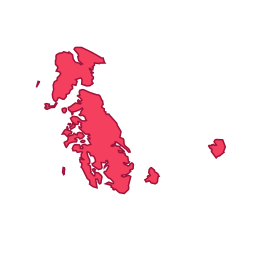 Prince of Wales-Hyder, United States of America, rotated 15°
{"feature_id": "52423323B55198873775030", "entity_name": "Prince of Wales-Hyder", "entity_type": "district", "adm_level": 2, "iso_a3": "USA", "parent_name": "United States of America", "parent_adm1": "", "projection": "robinson", "projection_center": [-133.066, 55.883], "detail": "fine", "context": "isolated", "style": "filled", "palette": "rose", "viewbox_px": 256, "rotation_deg": 15, "n_neighbors": 0, "source": "geoboundaries", "source_scale": "gbopen_adm2", "svg_char_len": 5806}
<svg xmlns="http://www.w3.org/2000/svg" viewBox="0 0 256 256"><g transform="rotate(15 128 128)"><path d="M65.0,123.5L65.7,125.6L69.1,127.3L70.6,129.6L71.1,128.9L71.1,128.0L69.9,127.0L72.6,125.8L76.7,122.8L78.6,120.6L79.4,121.3L78.3,124.3L78.6,126.2L77.4,127.6L77.5,128.1L78.8,128.4L80.7,127.5L83.3,128.2L84.7,130.3L85.9,131.4L84.9,132.2L81.7,133.0L76.0,130.5L73.2,130.7L71.8,131.1L69.9,133.5L72.3,136.2L76.1,137.9L77.2,138.0L78.7,137.4L78.8,136.3L77.9,134.7L78.8,134.3L81.9,135.6L81.5,137.2L82.5,138.1L82.9,139.6L80.4,139.5L81.0,140.8L88.5,144.9L92.1,143.9L93.0,145.1L91.6,145.4L91.5,146.9L94.0,147.8L94.0,148.4L91.9,149.0L96.4,153.4L92.9,155.5L90.8,154.8L88.2,156.2L87.8,157.6L89.7,158.9L89.2,159.8L87.2,159.9L86.3,157.7L85.5,156.9L81.0,157.8L80.0,159.0L79.5,162.2L80.8,164.2L83.6,163.3L85.1,164.5L85.9,164.4L88.8,163.1L90.1,163.2L89.6,165.7L90.5,168.2L89.8,168.7L94.2,170.1L90.4,170.1L89.4,170.6L90.7,173.4L92.5,173.9L93.0,175.6L92.8,177.9L94.4,178.9L101.8,187.4L104.3,188.5L105.5,190.7L105.3,192.1L109.3,193.7L113.6,193.8L110.0,185.8L111.6,185.3L112.5,186.1L113.4,188.2L115.2,189.3L116.2,188.0L115.8,186.3L115.6,182.1L114.7,180.9L111.2,179.0L108.2,179.3L107.5,179.8L108.1,181.3L108.1,182.8L107.1,182.9L103.4,180.4L103.6,179.8L101.4,174.5L99.1,173.7L98.8,173.0L100.1,172.0L100.1,171.3L99.2,168.7L96.5,165.6L94.6,162.0L95.2,161.3L97.8,162.2L97.9,163.0L99.3,164.5L100.4,163.9L102.4,164.3L104.2,166.4L105.3,168.9L103.6,171.2L102.6,171.6L103.3,173.2L110.4,175.8L112.8,174.2L113.2,173.1L111.0,168.3L115.3,167.4L115.5,166.2L115.2,165.5L115.9,164.8L116.6,165.1L117.6,166.6L115.8,169.4L115.2,171.6L115.4,172.6L117.0,169.9L118.9,169.4L119.3,170.3L117.9,175.7L116.4,176.1L116.4,177.5L121.8,181.2L124.7,181.8L127.8,183.8L128.3,185.2L127.5,185.7L123.4,185.2L120.7,187.7L126.7,187.7L126.9,189.4L128.8,189.8L129.4,191.2L130.5,191.4L130.6,190.7L131.6,190.3L136.5,192.7L141.4,192.2L144.4,187.2L144.0,184.7L143.3,183.8L143.2,174.1L140.8,173.6L136.4,176.5L134.3,176.2L134.1,175.3L138.5,173.5L140.8,170.9L141.8,169.1L140.8,168.8L140.8,167.8L142.9,166.7L143.4,165.8L142.6,161.6L140.8,160.7L139.2,162.3L139.2,163.6L138.0,164.7L133.6,163.8L132.6,162.7L133.2,162.3L136.3,162.7L137.7,161.5L138.2,160.4L137.0,160.0L135.3,156.0L132.7,155.3L131.3,153.1L125.7,153.9L124.5,152.2L129.4,151.9L130.3,151.6L130.0,151.2L126.8,149.5L125.8,149.6L124.9,147.9L121.4,148.4L120.2,147.5L118.1,149.7L116.6,149.8L116.4,149.3L119.9,145.9L119.1,145.0L120.4,144.4L131.8,149.0L134.7,151.1L136.2,150.8L136.1,150.2L134.3,148.1L129.5,145.8L128.3,144.3L127.0,140.5L126.0,139.6L122.6,139.2L122.2,133.3L117.0,128.2L115.9,126.3L106.6,120.2L106.2,119.6L104.6,119.8L104.0,120.5L102.7,119.7L102.5,118.3L101.3,118.2L100.6,117.6L100.1,115.6L97.3,114.8L97.1,113.4L97.9,111.6L96.3,108.2L95.6,108.0L92.7,104.4L91.3,103.6L89.7,104.0L81.9,103.6L75.0,102.5L73.2,103.0L72.4,104.0L71.9,103.9L71.5,104.8L71.8,106.4L73.0,108.8L71.2,109.5L70.9,110.1L73.9,111.2L76.3,113.0L75.0,114.6L72.7,113.6L72.4,114.7L72.8,115.7L76.2,116.3L75.9,117.0L70.6,117.5L66.6,122.5L65.0,123.5ZM85.9,66.9L85.2,67.4L73.8,64.4L62.3,62.2L57.2,63.5L56.1,64.1L55.5,65.9L60.8,69.6L61.6,71.4L61.0,72.1L63.0,75.8L67.4,77.9L65.9,79.1L64.5,78.1L59.9,78.0L57.2,75.5L55.5,71.7L51.3,69.8L51.1,71.0L46.1,71.0L45.0,72.5L42.6,73.3L40.0,75.7L39.8,77.1L40.7,80.0L40.5,81.9L41.6,85.4L43.8,86.7L44.7,88.0L43.9,91.6L47.2,91.5L49.0,92.9L47.9,95.9L46.7,97.5L47.1,100.2L44.9,102.4L44.6,105.9L46.2,109.9L46.2,115.0L47.3,117.9L49.2,120.3L51.4,121.2L52.5,119.1L52.7,117.2L53.5,116.4L57.4,117.1L58.9,116.6L60.3,113.7L59.7,111.8L62.3,109.5L62.5,106.6L64.3,104.3L63.8,102.6L62.8,101.9L63.1,100.4L66.6,100.3L66.8,96.1L64.9,94.8L69.5,91.8L71.1,93.3L71.9,97.7L77.1,98.1L80.2,97.0L82.1,94.8L81.7,94.5L82.6,93.7L81.3,92.6L80.7,90.6L81.7,89.6L81.4,87.7L79.6,86.7L79.2,85.3L78.2,84.3L80.7,83.6L78.4,83.1L75.8,81.3L75.4,80.4L76.3,80.3L77.4,81.2L78.9,81.1L78.8,78.6L77.8,78.2L79.3,76.1L78.8,73.9L83.8,73.2L84.3,72.5L88.9,71.2L88.1,70.6L85.9,66.9ZM220.9,134.1L222.0,132.1L223.7,131.2L227.0,126.6L226.4,126.3L226.9,121.1L222.5,114.9L216.1,116.3L215.0,117.3L214.7,119.0L217.8,121.6L215.9,122.4L214.8,121.7L213.3,122.6L213.5,123.2L210.8,123.9L210.6,124.6L213.0,126.7L214.0,126.4L214.9,127.7L214.5,128.7L214.8,129.3L220.9,134.1ZM66.0,150.9L68.2,150.1L72.5,152.4L73.1,154.2L72.7,156.1L70.2,158.3L70.2,158.9L72.6,162.1L73.5,162.6L75.0,158.0L78.5,155.7L81.8,154.7L81.9,152.8L79.8,152.7L79.5,152.0L81.5,150.4L82.8,150.0L84.4,151.1L86.6,149.4L87.7,147.3L87.5,146.7L85.0,144.8L82.1,144.8L80.8,145.7L80.3,146.8L80.8,147.6L79.2,147.9L77.3,147.0L76.5,149.0L73.3,150.9L72.4,150.8L72.2,150.2L72.7,149.0L74.5,148.2L74.8,146.4L73.4,145.8L68.4,145.4L67.3,146.6L66.0,150.9ZM157.7,173.7L159.4,175.4L162.5,173.5L164.6,175.0L168.7,174.9L170.1,173.4L170.3,172.0L169.7,167.2L170.6,166.6L168.2,164.2L165.4,163.5L164.5,161.9L160.8,160.2L160.0,160.8L159.2,162.6L159.6,165.9L161.8,167.9L161.4,168.8L159.8,168.8L159.4,169.8L160.1,170.8L158.7,172.9L157.7,173.7ZM41.6,126.4L43.7,128.7L42.5,129.3L42.5,130.0L43.8,130.9L45.1,130.8L48.3,128.2L51.6,127.1L53.0,122.4L52.0,122.3L51.3,124.2L51.3,125.1L50.7,125.8L46.0,127.4L45.9,125.4L42.9,125.5L41.6,126.4ZM59.6,126.3L59.5,127.2L60.2,128.6L61.6,129.9L63.1,129.7L64.0,127.7L63.4,125.3L63.0,125.0L61.8,125.0L59.6,126.3ZM71.7,141.8L71.7,142.6L73.1,144.1L76.4,140.8L76.3,139.3L73.3,137.9L73.1,140.7L71.7,141.8ZM75.6,182.9L76.2,187.6L77.9,189.7L78.4,189.0L77.7,186.5L77.6,184.5L76.9,182.9L75.6,182.9ZM87.2,151.6L85.8,153.2L86.6,153.9L87.4,153.9L89.0,153.5L89.8,151.9L89.3,151.3L87.2,151.6ZM104.4,177.0L105.6,178.8L106.6,179.3L107.3,178.5L106.9,177.3L107.3,176.7L105.9,176.0L104.4,177.0ZM29.0,112.4L30.4,107.2L30.4,106.2L29.1,106.2L29.0,112.4ZM69.4,139.1L69.2,139.9L71.2,140.4L71.6,139.1L71.3,138.7L69.4,139.1ZM68.7,143.0L69.2,144.2L70.2,144.1L69.2,142.4L68.7,143.0Z" fill="#f43f5e" stroke="#9f1239" stroke-width="1.5"/></g></svg>